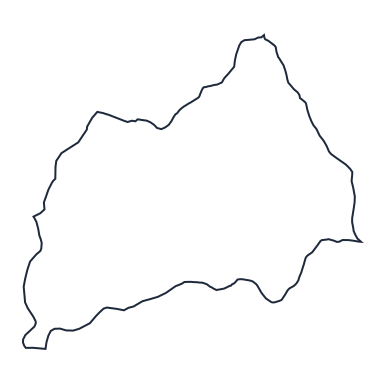 Mongar, Mongar, Bhutan
{"feature_id": "84629894B50826464910493", "entity_name": "Mongar", "entity_type": "district", "adm_level": 2, "iso_a3": "BTN", "parent_name": "Bhutan", "parent_adm1": "Mongar", "projection": "natural_earth1", "projection_center": [91.256, 27.269], "detail": "fine", "context": "isolated", "style": "outline", "palette": "slate", "viewbox_px": 384, "rotation_deg": 0, "n_neighbors": 0, "source": "geoboundaries", "source_scale": "gbopen_adm2", "svg_char_len": 3272}
<svg xmlns="http://www.w3.org/2000/svg" viewBox="0 0 384 384"><path d="M352.3,172.0L350.1,168.8L345.9,164.6L341.2,161.3L336.9,158.3L331.0,154.0L329.0,151.5L328.6,150.6L326.6,145.9L323.7,140.9L319.6,135.6L316.4,128.9L313.6,125.5L311.8,122.1L311.3,121.0L309.3,116.1L307.4,110.0L306.1,103.9L305.4,102.4L301.8,99.4L300.0,98.1L299.4,95.0L297.6,92.3L296.0,91.0L293.8,89.1L290.0,84.6L288.4,82.9L287.4,79.7L286.4,74.6L285.2,70.2L283.5,65.2L281.6,62.3L279.0,58.0L278.2,57.1L276.4,51.4L275.8,47.3L274.6,45.6L268.5,40.9L265.2,39.3L264.3,37.4L264.0,35.1L261.2,37.4L258.4,37.5L254.4,39.3L249.2,39.8L244.4,40.2L241.3,42.1L239.3,45.4L236.2,54.4L234.8,61.0L234.2,66.7L230.3,71.4L228.4,73.7L224.9,77.5L224.0,78.6L223.0,80.4L221.9,82.4L220.0,83.3L217.0,84.6L213.9,85.0L211.6,85.7L210.3,86.0L209.1,86.2L207.8,86.4L206.0,87.0L203.6,87.3L203.0,88.1L201.9,89.9L200.9,92.4L200.2,94.1L199.5,96.0L198.9,97.1L197.8,98.0L191.3,102.1L189.9,102.9L188.9,103.4L183.6,106.7L181.9,108.0L180.0,109.6L179.1,110.6L177.0,113.4L175.4,114.3L173.5,117.3L171.4,121.2L168.7,124.9L165.2,127.4L162.8,128.5L161.3,129.1L157.1,128.0L154.0,124.8L150.3,122.2L146.5,120.6L142.0,120.0L137.7,119.3L135.4,121.3L132.0,120.7L127.6,122.0L124.3,120.9L119.2,118.9L111.7,116.0L108.4,114.7L106.5,114.2L102.8,113.0L97.3,111.9L92.2,117.8L89.2,123.0L87.2,126.5L86.8,129.6L83.0,135.3L78.3,142.3L74.3,144.9L69.6,147.9L66.6,149.8L61.4,153.2L58.1,158.2L56.3,160.8L55.5,166.8L55.4,172.9L55.3,178.8L53.4,180.6L51.9,182.8L48.9,188.7L48.4,189.7L45.5,198.0L44.4,201.0L43.9,202.5L44.0,204.0L44.5,209.4L40.2,213.3L33.5,216.6L34.7,218.6L36.4,221.9L38.2,228.7L39.4,235.7L40.5,238.5L41.7,242.9L41.5,245.6L41.3,248.5L40.3,251.0L36.2,254.5L30.1,261.5L27.3,270.0L25.1,279.1L23.7,286.7L25.1,302.4L27.8,308.3L33.4,316.8L35.6,321.2L35.8,323.3L34.4,326.6L25.3,335.1L23.1,339.5L23.0,342.5L24.2,345.7L25.8,347.9L33.0,347.8L45.5,348.9L46.5,342.1L48.4,335.6L50.7,331.0L54.5,328.8L60.0,328.6L66.1,330.4L73.1,330.6L79.2,328.8L89.9,323.2L96.2,315.8L99.6,312.3L103.6,308.6L107.1,307.5L108.6,307.8L116.9,308.9L124.0,310.3L128.5,307.8L133.5,306.5L142.5,301.2L149.9,299.2L158.0,296.8L161.2,295.2L165.8,293.0L175.7,286.1L178.4,285.1L181.1,284.0L182.2,283.5L184.4,282.0L187.1,281.9L189.2,281.9L191.5,281.9L193.5,282.1L196.4,282.2L200.1,282.6L201.9,282.6L204.0,283.2L206.9,284.3L208.9,285.8L210.0,286.7L211.6,287.3L213.2,288.4L216.4,290.0L218.0,289.7L220.5,289.3L221.5,289.1L224.0,288.6L226.0,287.7L227.6,286.9L229.7,285.9L230.7,285.8L232.0,284.4L234.2,283.3L235.6,281.9L237.3,279.8L238.1,279.4L240.2,279.2L242.9,279.3L250.3,280.6L252.8,281.5L256.4,284.3L257.8,286.4L259.7,289.7L261.3,292.6L263.4,295.3L266.0,298.5L271.0,301.9L272.2,302.4L274.4,302.4L279.4,300.9L281.6,299.9L283.2,297.5L285.0,294.8L287.8,290.1L289.3,288.5L293.9,285.9L296.2,283.7L298.3,280.5L299.4,276.8L301.2,272.7L302.7,267.8L303.9,264.2L304.7,261.1L305.8,257.6L307.3,255.7L312.3,252.2L315.2,248.3L317.7,245.0L320.5,241.0L321.9,240.1L326.4,239.6L328.6,239.2L334.0,240.7L336.8,241.9L339.3,241.7L342.6,240.0L348.5,240.1L351.9,240.5L356.4,241.2L357.6,241.5L361.0,241.8L357.3,238.4L355.3,234.7L353.6,230.9L353.4,228.9L352.1,222.0L352.2,217.9L352.8,214.2L353.8,208.0L354.6,202.4L354.7,199.6L354.8,196.5L353.3,188.2L351.6,181.1L352.2,174.8L352.3,172.0Z" fill="none" stroke="#1e293b" stroke-width="2"/></svg>